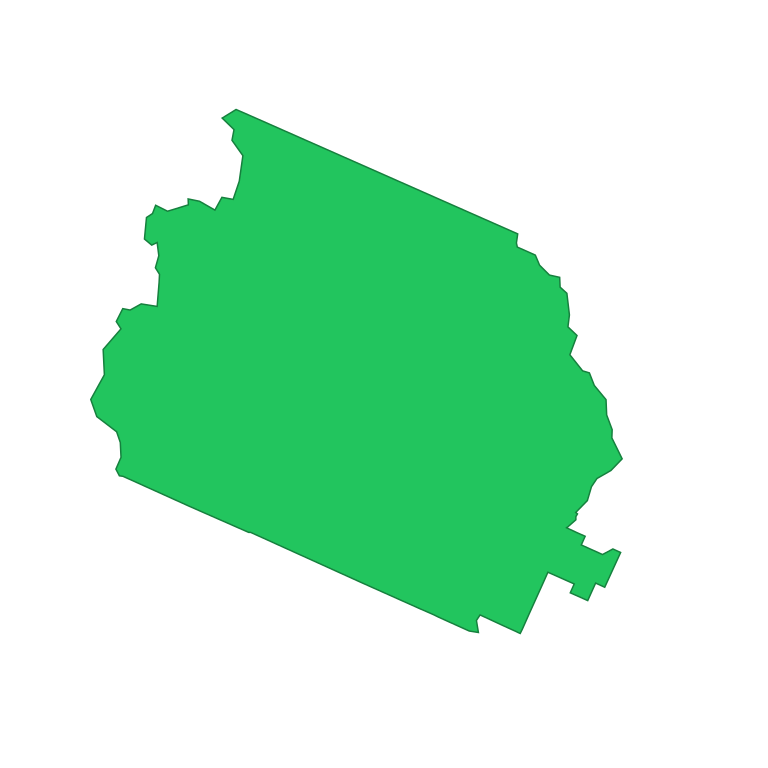 Clackamas, Oregon, United States of America (orthographic projection), rotated 204°
{"feature_id": "52423323B19187605552860", "entity_name": "Clackamas", "entity_type": "district", "adm_level": 2, "iso_a3": "USA", "parent_name": "United States of America", "parent_adm1": "Oregon", "projection": "orthographic", "projection_center": [-122.297, 45.174], "detail": "fine", "context": "isolated", "style": "filled", "palette": "green", "viewbox_px": 768, "rotation_deg": 204, "n_neighbors": 0, "source": "geoboundaries", "source_scale": "gbopen_adm2", "svg_char_len": 1441}
<svg xmlns="http://www.w3.org/2000/svg" viewBox="0 0 768 768"><g transform="rotate(204 384 384)"><path d="M630.8,574.6L640.0,561.1L624.5,555.4L622.0,544.8L605.8,535.2L598.7,510.4L596.9,491.3L608.0,488.6L609.2,474.1L626.9,475.9L638.2,473.4L635.6,468.1L652.0,453.8L665.3,454.4L664.8,445.6L668.7,439.5L661.8,419.0L652.7,416.4L648.8,421.0L641.9,409.6L640.1,397.2L633.7,392.9L630.8,385.4L622.8,362.6L638.4,358.4L646.0,348.3L653.3,346.6L654.0,332.2L646.7,327.4L654.6,301.3L643.2,278.7L645.6,250.6L633.1,237.4L608.8,231.6L601.1,223.3L594.4,210.0L594.3,197.2L588.4,192.5L584.9,193.5L512.2,193.1L447.3,193.4L445.5,194.2L326.0,193.4L258.8,193.3L249.5,193.4L244.4,193.4L239.7,193.2L226.7,193.1L224.4,193.1L205.7,193.0L196.7,195.4L203.4,205.6L202.3,212.1L176.1,211.7L162.9,211.6L160.5,211.5L158.1,211.5L157.9,216.3L157.9,231.8L157.9,233.1L157.7,267.8L157.7,278.7L128.9,278.7L128.9,269.0L109.8,269.0L109.7,288.2L99.7,288.1L99.3,326.3L107.8,326.4L115.0,317.1L138.3,317.2L138.3,326.7L147.8,326.7L159.6,326.9L158.5,327.1L153.5,338.0L154.8,340.9L154.4,344.0L156.6,344.6L150.8,360.2L152.7,374.6L151.0,384.3L141.5,397.3L136.0,412.5L153.9,427.4L157.0,435.1L168.0,446.3L174.8,460.0L191.3,468.2L200.9,477.7L207.9,476.8L226.1,486.3L227.4,506.8L239.2,511.0L242.7,522.5L253.8,541.2L262.5,544.1L266.9,552.9L277.2,550.8L290.2,555.8L298.2,563.3L317.9,563.3L320.4,566.7L322.9,575.5L616.2,574.7L630.8,574.6Z" fill="#22c55e" stroke="#15803d" stroke-width="1.5"/></g></svg>